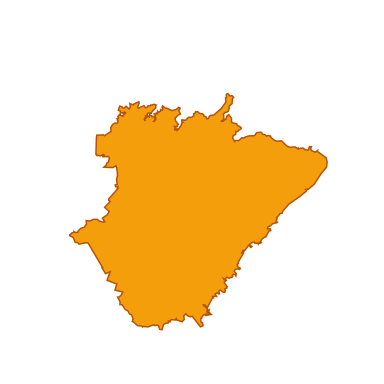 the district of WaitÄkere Ranges Local Board Area, Auckland, New Zealand, rotated 232°
{"feature_id": "76426892B98769695069148", "entity_name": "WaitÄkere Ranges Local Board Area", "entity_type": "district", "adm_level": 2, "iso_a3": "NZL", "parent_name": "New Zealand", "parent_adm1": "Auckland", "projection": "orthographic", "projection_center": [174.557, -36.943], "detail": "fine", "context": "isolated", "style": "filled", "palette": "amber", "viewbox_px": 384, "rotation_deg": 232, "n_neighbors": 0, "source": "geoboundaries", "source_scale": "gbopen_adm2", "svg_char_len": 6026}
<svg xmlns="http://www.w3.org/2000/svg" viewBox="0 0 384 384"><g transform="rotate(232 192 192)"><path d="M80.6,115.6L79.8,118.4L82.7,119.8L83.4,119.0L85.6,119.8L86.7,120.9L86.5,121.8L87.2,122.3L88.0,125.2L87.1,127.9L85.7,128.2L83.6,131.8L85.1,131.6L86.2,129.6L86.2,130.3L86.7,130.0L86.1,130.6L86.3,131.4L87.2,131.0L87.0,129.8L88.3,129.9L90.8,132.5L92.8,131.6L93.6,132.1L95.1,131.2L96.1,131.5L94.6,132.9L92.7,132.6L91.7,133.7L95.1,140.9L95.9,143.1L95.4,143.7L97.6,144.1L96.0,144.5L96.0,145.8L94.6,147.1L97.4,147.4L96.9,150.0L95.4,150.2L94.9,150.9L96.9,151.8L97.6,153.3L97.0,154.0L94.2,154.7L92.3,156.4L93.0,156.2L93.7,157.6L95.5,158.1L94.9,160.4L95.8,160.6L95.7,161.5L100.7,161.6L101.4,163.7L100.9,165.4L102.9,163.2L104.3,163.5L103.2,163.9L103.1,166.7L104.0,166.7L101.6,167.8L100.9,168.6L100.9,170.1L100.1,170.8L100.5,172.2L101.6,172.7L101.5,174.2L100.6,175.0L98.8,174.9L100.5,176.7L103.5,176.4L104.4,178.7L103.2,180.8L101.7,181.7L102.1,183.1L104.5,182.2L107.1,182.8L107.0,184.5L107.8,184.7L109.8,188.9L112.2,195.2L113.1,195.6L113.7,194.1L113.2,192.8L113.7,194.0L113.5,196.2L115.2,195.8L113.3,197.2L115.3,204.4L115.1,208.6L114.2,210.2L112.8,210.1L111.2,212.2L110.1,212.1L110.8,213.8L109.7,214.0L109.4,215.6L110.7,215.3L111.9,218.4L111.7,221.6L111.1,222.4L113.9,228.7L113.2,229.8L113.4,230.7L115.1,230.9L116.5,228.8L117.7,230.0L117.0,233.2L117.4,235.8L115.1,241.2L116.7,239.8L118.9,242.8L119.9,242.8L120.0,245.7L120.8,248.0L119.9,250.1L121.0,251.5L122.8,260.6L122.1,274.1L122.3,282.5L122.9,284.0L124.6,282.5L122.6,285.5L122.9,293.2L127.0,305.1L128.7,313.2L132.5,317.0L136.3,318.8L146.8,315.8L147.4,316.5L147.4,313.8L150.3,312.0L152.7,311.7L154.2,313.9L155.4,312.2L153.6,309.9L154.0,308.7L155.7,307.2L158.4,306.5L160.4,302.9L161.2,302.8L160.8,301.9L164.0,301.0L167.1,296.6L169.8,295.0L177.1,294.1L179.8,290.1L182.2,288.7L186.4,287.8L187.6,288.4L189.4,287.2L190.2,285.2L192.4,284.7L194.0,283.1L196.0,283.4L197.0,282.7L198.8,279.8L198.7,278.2L197.9,277.1L198.1,275.5L200.9,271.8L202.3,268.5L202.8,265.9L204.1,264.5L203.7,260.7L205.6,258.3L205.7,256.6L209.7,257.4L211.1,259.4L210.4,261.8L212.8,263.9L211.7,264.6L211.5,265.6L212.0,266.3L211.5,269.0L212.0,270.2L214.0,270.0L216.4,268.7L218.3,269.2L221.9,266.1L224.1,267.0L225.6,268.5L230.4,268.5L230.3,266.1L228.3,263.3L228.9,262.9L228.6,260.2L229.9,258.1L229.6,260.7L229.9,261.8L232.4,263.9L233.9,264.4L234.4,267.0L233.6,268.1L233.3,270.3L235.0,272.8L236.8,274.1L237.0,278.0L240.6,281.3L241.0,283.2L243.4,282.8L244.3,281.0L247.4,280.9L247.8,280.1L247.4,278.7L245.5,277.6L245.5,276.2L242.3,274.5L241.6,272.9L239.8,266.4L239.2,256.6L241.0,253.7L241.0,252.4L239.9,249.9L240.6,248.7L242.9,249.3L244.6,248.0L245.4,248.7L246.9,248.5L249.5,246.3L251.9,245.9L253.0,244.2L252.2,243.5L252.7,241.6L251.0,240.6L251.1,237.6L253.1,235.1L252.4,231.8L253.2,230.2L255.1,228.5L253.6,227.2L252.6,227.7L252.9,226.9L250.9,223.9L249.6,218.7L250.1,219.3L249.8,218.4L250.7,218.9L250.5,218.0L252.2,217.3L251.1,216.3L251.9,216.6L252.4,217.3L251.5,217.9L252.2,218.7L254.4,218.5L252.6,220.8L253.8,222.0L253.8,222.9L257.8,222.8L260.5,223.8L261.1,228.3L260.5,230.9L264.5,231.7L264.9,233.9L265.8,234.2L267.1,233.2L266.6,232.5L267.0,229.6L268.5,226.3L273.6,223.7L274.3,222.7L277.9,221.9L277.2,220.5L275.4,220.2L274.8,218.9L276.3,218.0L275.1,217.1L275.3,215.5L275.5,214.6L276.8,214.6L275.1,213.2L276.1,212.7L275.6,211.5L276.4,211.3L276.8,210.2L274.9,210.1L271.8,208.4L271.3,207.9L271.1,206.6L271.3,205.5L271.0,205.7L270.9,205.6L271.3,205.5L271.4,206.8L272.1,207.5L274.9,208.3L275.7,207.9L276.0,206.9L277.1,207.1L278.1,206.2L278.2,204.9L278.0,204.7L277.5,204.6L277.4,204.5L279.0,204.1L278.5,201.6L279.0,200.0L278.3,199.1L278.0,199.4L277.5,199.3L276.7,198.5L277.6,199.2L278.4,199.0L279.1,199.8L279.8,201.9L280.6,202.2L280.1,204.1L281.1,204.7L281.1,206.4L280.1,207.5L279.5,206.7L279.6,208.5L278.5,208.0L279.6,208.8L280.8,215.4L282.2,216.3L282.5,217.3L283.9,216.6L284.9,215.2L285.1,213.8L285.9,213.3L285.6,212.1L286.9,210.5L286.5,208.5L287.0,207.2L289.6,207.3L291.1,201.2L292.4,201.5L294.6,205.2L295.8,205.7L297.2,200.3L296.7,199.3L300.0,197.5L296.9,195.7L296.1,193.5L300.2,192.9L299.9,190.2L300.3,189.4L302.5,189.2L304.2,187.9L301.7,184.2L299.9,185.3L299.0,184.5L296.8,186.1L297.1,186.5L296.1,187.6L296.5,188.0L295.1,188.4L295.0,187.4L295.6,186.9L294.2,184.8L294.8,184.6L294.5,184.0L296.6,182.8L297.8,183.7L297.3,180.2L295.6,179.8L295.8,178.3L295.3,178.6L294.8,177.5L293.9,177.8L292.1,175.7L293.8,173.7L294.1,171.1L292.8,167.8L289.6,165.4L290.2,157.7L291.4,157.5L295.4,152.0L294.1,150.5L280.9,139.5L279.0,139.6L279.0,140.3L276.8,142.0L276.5,145.1L275.0,145.6L275.2,143.5L274.8,143.4L271.2,148.1L270.2,147.9L269.2,147.4L267.1,144.4L267.3,142.9L266.0,140.9L265.8,137.8L260.0,144.6L259.5,148.1L257.2,147.5L251.0,143.6L248.3,140.2L244.1,137.8L244.9,135.8L243.3,135.1L242.0,136.9L241.2,135.5L240.4,136.0L237.7,121.8L236.8,121.2L234.9,121.6L233.7,113.7L227.7,114.8L226.2,111.3L226.6,105.3L222.2,104.9L222.7,103.7L226.2,101.1L228.9,100.4L231.2,97.3L232.1,93.5L234.7,91.1L231.4,88.9L231.5,87.8L230.5,85.6L231.9,81.7L231.3,78.0L230.6,77.4L231.4,75.5L233.6,74.6L232.9,74.1L233.8,71.7L233.4,71.0L233.6,69.4L232.9,68.8L229.0,70.4L224.3,69.0L222.1,70.9L220.5,70.8L217.3,77.2L215.8,78.7L187.3,75.0L187.6,74.4L180.8,73.6L179.6,78.4L178.0,75.8L177.4,75.9L177.2,74.5L174.7,70.7L165.8,76.1L162.1,70.9L155.8,75.9L154.2,72.7L154.3,69.3L154.9,68.7L149.7,67.7L147.6,65.8L146.3,67.5L140.9,67.1L137.6,68.2L134.2,67.7L132.4,68.7L128.6,67.7L126.7,65.2L125.9,65.9L121.7,66.5L119.9,67.1L117.3,69.9L116.1,69.9L116.0,70.8L112.7,74.4L111.0,79.9L109.4,80.7L109.0,82.2L107.6,83.2L103.6,82.0L101.9,83.7L105.1,87.9L104.7,90.7L103.5,92.5L104.1,93.3L103.5,94.4L104.6,94.2L103.7,95.7L104.3,97.0L101.4,100.0L101.9,101.6L100.4,101.2L95.8,104.4L96.4,107.5L99.4,109.1L99.7,112.1L97.1,112.4L94.7,113.8L93.9,115.7L80.6,115.6ZM113.9,204.0L112.0,204.2L112.2,205.8L114.4,204.7L113.9,204.0ZM88.6,133.1L88.8,131.3L88.4,131.1L87.8,132.1L88.6,133.1ZM86.4,127.7L86.5,126.9L86.0,126.9L85.8,127.5L86.4,127.7Z" fill="#f59e0b" stroke="#b45309" stroke-width="1.5"/></g></svg>